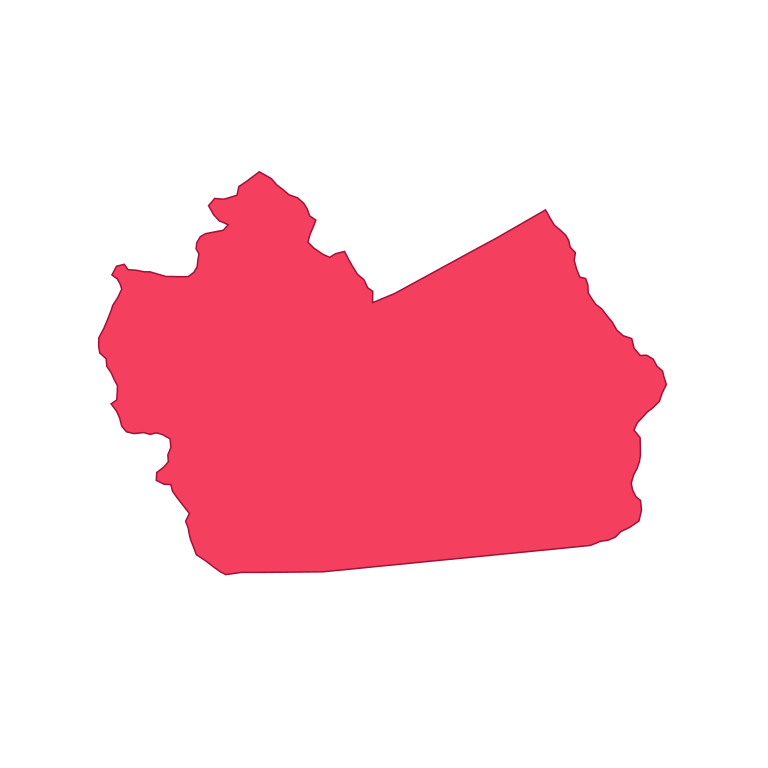 Vila Valério, Espírito Santo, Brazil (Albers equal-area conic projection), rotated 61°
{"feature_id": "56859067B4716518331885", "entity_name": "Vila Valério", "entity_type": "district", "adm_level": 2, "iso_a3": "BRA", "parent_name": "Brazil", "parent_adm1": "Espírito Santo", "projection": "albers", "projection_center": [-40.357, -18.961], "detail": "fine", "context": "isolated", "style": "filled", "palette": "rose", "viewbox_px": 768, "rotation_deg": 61, "n_neighbors": 0, "source": "geoboundaries", "source_scale": "gbopen_adm2", "svg_char_len": 2282}
<svg xmlns="http://www.w3.org/2000/svg" viewBox="0 0 768 768"><g transform="rotate(61 384 384)"><path d="M627.4,227.4L619.0,219.8L610.2,216.1L604.5,218.3L597.6,218.0L590.8,216.0L584.5,209.7L580.7,203.8L575.9,198.4L570.8,194.4L565.1,191.2L555.0,186.0L545.4,187.7L540.6,181.0L538.7,174.7L536.2,167.5L535.1,159.9L532.7,151.5L527.0,145.4L521.4,137.3L513.4,135.7L507.7,134.1L500.8,136.6L492.7,136.5L486.2,140.3L483.2,146.1L473.9,147.9L464.4,145.3L457.6,151.5L449.5,154.3L440.9,154.3L432.9,155.8L423.9,157.1L417.0,160.2L409.9,160.9L403.4,161.2L396.2,157.7L389.5,156.5L385.4,160.9L377.1,159.9L368.1,157.7L361.9,152.9L354.7,154.8L348.1,152.9L342.2,152.9L335.1,155.1L327.6,158.0L319.3,158.3L310.0,158.3L310.9,215.4L310.6,240.4L310.0,330.9L307.3,354.5L297.5,348.9L291.9,351.6L283.0,351.0L275.2,354.0L265.1,354.5L256.7,354.5L248.9,354.2L246.5,363.3L246.9,370.1L241.2,374.4L231.3,379.4L223.1,381.7L217.4,376.3L212.0,369.3L207.6,364.1L201.0,367.5L193.8,366.3L187.3,366.5L179.3,369.3L172.3,375.4L165.5,377.9L157.5,381.4L149.8,382.9L137.9,390.2L139.0,398.1L140.2,406.6L140.9,415.2L147.6,421.0L146.2,427.9L144.7,434.5L139.6,442.2L143.0,451.0L153.0,451.0L161.3,449.1L169.1,443.1L171.6,450.0L168.3,460.1L165.9,467.4L166.1,473.3L169.7,479.3L174.6,482.8L180.5,482.8L185.5,486.8L191.0,490.7L194.2,496.3L195.1,503.2L190.9,511.1L187.4,516.9L184.4,522.4L178.4,528.4L172.5,534.2L169.5,539.5L164.2,545.7L160.0,552.4L153.4,553.1L151.3,560.8L156.7,569.1L162.9,566.3L168.6,566.3L173.9,567.4L179.4,575.1L183.6,583.0L188.0,587.7L193.1,593.9L199.4,601.9L205.3,611.0L212.1,615.0L219.0,617.6L227.2,614.8L234.2,617.9L242.2,617.2L249.9,617.9L256.1,617.9L261.9,621.3L268.4,625.5L269.0,632.3L278.1,631.1L285.6,631.7L293.9,633.9L301.1,632.3L306.2,626.7L310.0,617.8L314.8,612.8L316.3,606.9L320.7,602.4L328.2,597.7L336.2,601.2L341.2,607.4L347.5,610.4L349.9,616.9L351.2,625.7L357.9,629.9L364.9,625.1L368.7,619.2L375.2,621.0L383.3,620.1L393.4,618.5L402.9,617.0L407.9,624.1L415.1,625.1L421.4,627.3L426.7,628.7L433.2,629.5L442.3,630.9L452.7,625.5L461.6,621.7L468.9,618.2L474.0,614.8L479.7,600.0L487.7,585.5L491.7,578.2L518.5,528.8L559.6,433.7L604.1,330.8L609.2,319.1L613.7,308.7L625.3,281.6L626.5,271.2L629.2,263.9L630.1,255.8L627.9,248.8L628.5,238.5L627.4,227.4Z" fill="#f43f5e" stroke="#9f1239" stroke-width="1.5"/></g></svg>